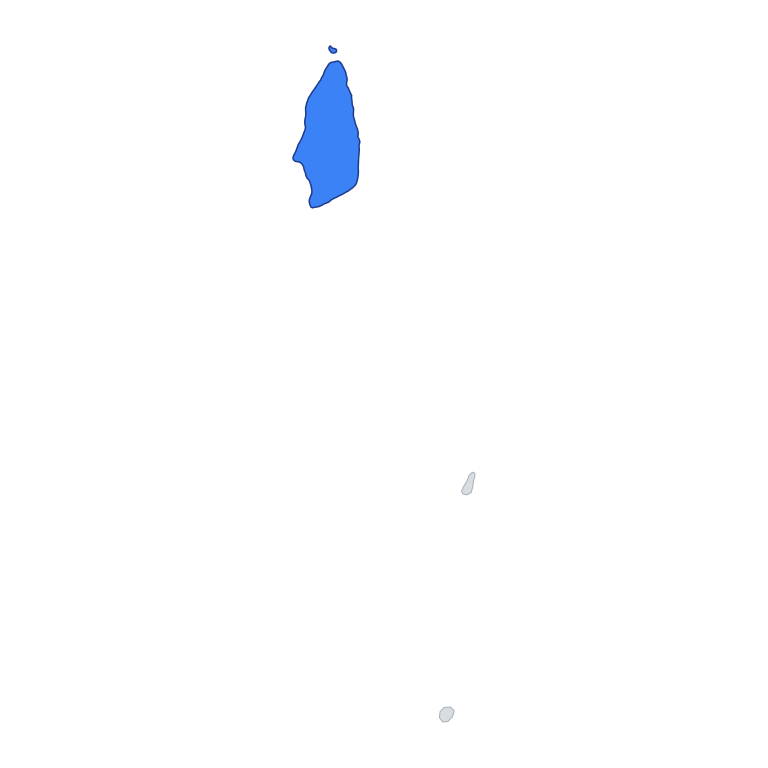 North Maalhosmadulu, Maldives shown in context
{"feature_id": "70690204B68213949051923", "entity_name": "North Maalhosmadulu", "entity_type": "district", "adm_level": 2, "iso_a3": "MDV", "parent_name": "Maldives", "parent_adm1": "", "projection": "albers", "projection_center": [72.932, 5.655], "detail": "fine", "context": "in_parent", "style": "filled", "palette": "blue", "viewbox_px": 768, "rotation_deg": 0, "n_neighbors": 0, "source": "geoboundaries", "source_scale": "gbopen_adm2", "svg_char_len": 3222}
<svg xmlns="http://www.w3.org/2000/svg" viewBox="0 0 768 768"><path d="M471.1,492.6L466.8,494.9L462.9,494.0L461.5,491.1L463.5,486.8L466.8,481.3L469.1,475.4L472.4,472.2L475.0,473.3L474.7,476.6L473.5,481.2L472.7,487.1L471.1,492.6ZM447.9,721.5L442.6,721.9L439.4,717.7L440.1,711.6L444.2,707.4L450.6,707.1L454.3,710.9L452.4,716.8L447.9,721.5Z" fill="#d9dde1" stroke="#a8b0b8" stroke-width="1"/><path d="M359.1,144.6L359.7,142.8L359.8,141.3L359.1,139.3L358.2,137.6L357.7,136.4L358.0,135.5L358.3,133.8L358.1,132.1L357.6,129.9L357.3,128.5L356.6,127.0L356.0,125.4L355.2,123.1L354.9,121.5L354.3,119.2L353.7,117.4L353.3,114.9L353.4,112.9L353.5,111.1L353.6,109.6L353.4,107.9L352.9,106.6L352.2,104.5L352.0,101.7L351.9,100.2L351.6,98.5L351.5,96.5L351.7,95.6L350.8,93.9L349.9,91.8L348.9,89.7L348.3,88.0L347.6,87.1L346.8,86.0L346.5,84.1L346.8,81.6L347.1,80.4L347.1,78.7L346.9,77.5L346.5,76.3L346.2,75.2L346.0,73.7L345.5,71.8L345.0,70.9L344.3,69.2L343.7,68.2L343.2,67.1L342.5,65.8L341.5,63.9L340.8,62.9L339.8,62.0L338.4,61.1L336.7,61.2L335.0,61.6L333.4,62.1L332.5,62.1L331.5,62.3L330.5,62.7L329.8,63.2L329.1,63.8L328.2,64.9L327.5,66.4L327.0,67.0L326.3,68.1L325.3,69.6L324.8,70.9L324.2,72.1L323.9,73.2L323.1,75.2L322.2,76.9L321.5,77.8L320.7,80.1L320.1,80.7L319.3,81.7L318.6,82.7L318.0,83.7L317.4,84.7L316.4,86.1L314.3,89.2L312.2,92.1L310.2,95.4L308.6,97.8L307.9,100.0L307.4,101.2L306.6,103.3L306.2,105.6L305.7,107.1L305.6,108.7L305.6,109.9L305.7,111.5L305.8,113.6L305.8,115.0L305.6,116.3L305.4,117.5L305.2,118.6L304.9,119.7L304.8,121.4L304.8,122.9L304.9,124.3L305.2,125.7L305.5,127.2L305.2,129.1L304.7,130.7L303.9,132.5L303.3,134.2L302.5,136.5L301.9,137.8L301.4,139.1L300.7,140.3L300.3,141.2L299.7,142.3L298.4,144.1L297.5,146.7L296.8,148.6L295.8,151.3L295.0,153.0L294.2,154.3L293.7,155.5L293.0,157.4L293.1,159.0L293.6,159.9L295.1,161.2L297.2,161.7L298.9,161.9L300.4,162.6L301.8,163.8L302.9,165.4L303.6,166.8L303.9,168.3L304.2,170.0L304.8,171.4L305.5,172.9L305.6,174.3L305.9,175.5L306.4,176.7L307.2,178.3L308.2,179.3L309.0,180.1L309.7,181.5L310.2,183.4L311.0,185.1L311.0,186.3L311.4,187.8L311.8,189.4L311.9,192.0L311.6,193.8L311.0,195.2L310.4,196.7L309.7,198.6L309.3,199.8L309.2,201.3L309.3,202.4L309.7,203.7L310.0,205.0L310.6,206.4L311.3,207.3L312.6,207.8L314.4,207.3L316.7,207.0L318.3,206.7L320.0,206.1L322.0,205.1L324.4,203.7L326.1,203.2L327.6,202.5L329.2,201.8L330.4,200.6L331.6,199.7L333.9,198.4L336.4,197.3L339.3,195.7L341.6,194.7L343.6,193.6L345.7,192.3L348.2,191.0L349.8,189.8L351.5,188.6L353.0,187.5L354.1,186.3L355.5,184.9L356.3,183.4L356.7,182.6L357.2,180.3L357.7,178.5L358.0,176.5L358.2,174.5L358.4,172.3L358.4,170.2L358.2,168.2L358.3,165.9L358.4,163.6L358.5,161.0L358.6,158.2L358.8,155.9L359.0,153.8L359.2,151.4L359.3,149.6L359.2,147.5L359.0,146.2L359.1,144.6ZM336.5,50.3L336.4,49.7L336.0,49.2L335.4,48.9L334.6,48.6L334.0,48.5L333.4,48.4L332.8,48.2L332.2,47.9L331.8,47.6L331.4,47.3L331.2,47.1L331.0,46.8L330.8,46.5L330.5,46.1L330.0,46.1L329.5,46.6L329.2,47.1L329.0,47.7L329.0,48.2L329.0,48.6L329.0,49.0L329.2,49.4L329.4,49.9L329.8,50.3L330.1,50.9L330.5,51.4L330.8,51.8L331.3,52.4L331.8,52.7L332.6,53.0L333.6,53.0L334.6,52.9L335.6,52.5L336.3,51.8L336.5,51.1L336.5,50.3Z" fill="#3b82f6" stroke="#1e3a8a" stroke-width="1.5"/></svg>